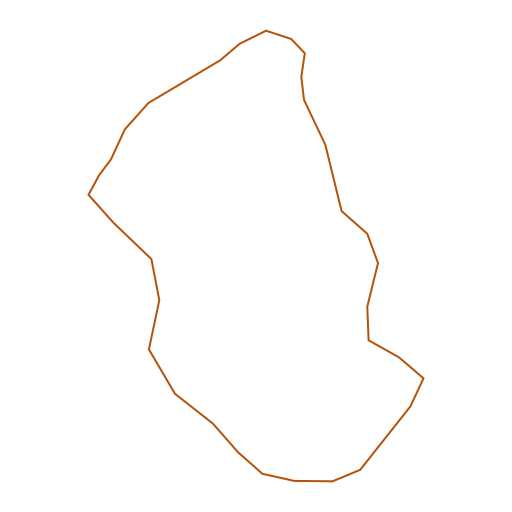 an SVG outline of Taipei City
{"feature_id": "TWN-1166", "entity_name": "Taipei City", "entity_type": "Special Municipality", "adm_level": 1, "iso_a3": "TWN", "parent_name": "Taiwan", "parent_adm1": "", "projection": "albers", "projection_center": [121.562, 25.088], "detail": "fine", "context": "isolated", "style": "outline", "palette": "amber", "viewbox_px": 512, "rotation_deg": 0, "n_neighbors": 0, "source": "natural_earth", "source_scale": "10m", "svg_char_len": 525}
<svg xmlns="http://www.w3.org/2000/svg" viewBox="0 0 512 512"><path d="M266.0,30.7L291.2,39.0L304.8,53.3L301.3,77.0L304.0,99.8L314.2,121.4L325.3,144.7L341.6,211.1L367.3,233.8L378.0,263.1L367.3,306.7L368.6,340.3L398.9,357.3L423.5,378.3L410.4,406.4L360.2,469.8L332.6,481.3L294.2,480.9L262.4,473.8L238.2,452.4L213.0,423.7L175.0,393.8L148.9,349.4L159.3,300.3L151.4,259.1L113.4,222.7L88.5,194.8L99.1,175.2L111.0,159.3L124.9,129.3L148.4,103.0L220.3,60.2L239.6,43.8L266.0,30.7Z" fill="none" stroke="#b45309" stroke-width="2"/></svg>